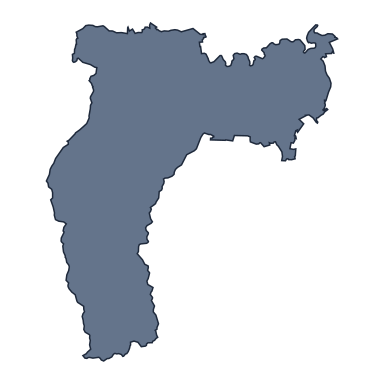 Balauseri, Mures, Romania (Robinson projection)
{"feature_id": "2599482B21102131341719", "entity_name": "Balauseri", "entity_type": "district", "adm_level": 2, "iso_a3": "ROU", "parent_name": "Romania", "parent_adm1": "Mures", "projection": "robinson", "projection_center": [24.697, 46.348], "detail": "fine", "context": "isolated", "style": "filled", "palette": "slate", "viewbox_px": 384, "rotation_deg": 0, "n_neighbors": 0, "source": "geoboundaries", "source_scale": "gbopen_adm2", "svg_char_len": 5781}
<svg xmlns="http://www.w3.org/2000/svg" viewBox="0 0 384 384"><path d="M122.8,356.4L123.6,356.2L125.4,354.0L126.8,353.6L128.2,351.6L129.5,348.4L130.1,345.6L130.6,345.0L130.5,342.2L134.0,341.1L138.0,342.3L141.3,346.7L145.4,346.1L146.4,345.4L146.5,344.1L147.9,342.8L152.2,342.7L152.7,341.3L154.6,340.3L156.0,338.5L157.7,337.3L156.6,335.1L155.8,331.3L155.2,330.3L156.9,329.3L157.0,327.4L158.5,323.8L155.9,315.1L153.3,311.9L153.4,309.4L154.5,306.0L151.4,300.5L152.4,298.6L152.5,297.4L150.3,294.5L151.0,292.2L151.9,291.1L153.0,287.5L147.8,284.5L146.9,281.1L148.2,278.5L149.5,273.3L149.5,272.7L147.6,270.4L148.3,267.7L148.2,266.0L144.7,264.2L142.5,259.8L137.2,253.7L138.4,251.6L138.6,246.5L139.3,244.6L140.7,243.9L146.6,243.3L148.0,242.4L148.4,241.4L147.0,239.4L146.8,236.8L148.3,233.8L148.3,232.7L146.2,230.5L145.6,227.8L147.0,225.6L151.1,223.3L152.4,221.8L150.6,218.8L149.4,213.6L149.3,212.9L150.5,211.5L151.3,209.1L150.4,207.5L155.5,203.7L156.1,202.0L158.7,198.0L159.2,191.6L161.6,190.0L162.2,188.4L162.1,186.5L163.8,183.4L164.1,181.4L163.5,179.0L165.0,178.1L167.9,177.9L172.0,176.2L174.0,174.4L174.3,172.1L175.4,169.5L177.5,167.4L181.5,164.9L186.7,154.7L194.4,150.7L196.4,148.8L200.8,137.5L202.9,134.1L204.4,133.0L208.8,134.5L210.7,134.5L213.8,136.2L213.7,137.0L213.0,137.0L212.2,138.1L210.6,138.2L210.5,139.9L225.3,140.3L225.6,139.9L232.7,140.9L234.4,135.5L247.6,135.8L250.2,136.9L250.1,140.0L250.4,141.9L256.2,144.1L258.7,143.9L259.8,142.8L260.6,142.7L264.1,146.7L269.8,145.0L269.3,142.7L270.8,143.3L273.4,143.1L274.2,141.9L275.5,141.8L276.8,144.8L278.4,146.3L281.9,151.9L282.5,156.5L281.7,160.6L285.5,160.8L286.5,159.0L287.9,158.7L288.5,159.6L291.6,159.7L295.1,158.8L294.6,156.5L295.3,155.9L295.8,148.9L293.5,149.4L289.9,148.7L291.1,142.7L293.4,143.1L294.9,140.3L294.9,138.1L296.2,138.6L295.7,136.1L294.9,135.4L294.5,136.6L294.4,135.6L295.8,130.7L297.1,130.1L296.8,130.8L297.6,132.3L303.7,123.8L299.1,119.3L306.1,115.6L305.8,115.3L309.0,114.9L313.1,117.9L316.3,122.4L317.4,123.1L317.8,122.1L316.8,120.9L316.4,119.2L316.9,117.8L317.9,117.8L321.1,115.2L323.2,114.1L324.7,111.9L327.7,109.6L326.7,108.5L325.5,109.1L324.4,110.5L323.3,110.5L323.0,109.8L324.2,108.5L325.2,105.7L325.2,104.0L324.5,103.1L325.2,101.8L324.5,101.1L324.5,100.2L326.0,100.5L328.5,92.2L330.7,86.9L331.0,83.2L329.4,78.3L327.0,74.9L325.5,71.2L325.0,65.9L323.5,62.1L323.1,61.1L320.8,59.0L322.8,56.7L324.1,57.0L324.5,57.6L326.5,56.7L325.6,53.8L331.5,53.5L332.5,51.6L333.5,53.1L333.8,53.1L332.7,49.0L329.3,42.4L337.6,38.9L336.7,37.8L334.8,37.3L335.1,36.5L332.4,34.0L327.8,33.7L324.9,35.2L322.0,35.5L318.3,33.8L317.5,33.1L314.6,32.8L314.0,31.6L314.1,29.5L317.3,26.5L317.7,25.3L317.4,25.0L315.7,24.9L308.6,32.3L307.1,36.0L306.6,38.2L307.5,41.2L308.5,42.7L309.6,42.4L311.2,43.2L313.8,42.8L315.2,43.1L315.6,43.4L315.8,46.3L315.3,47.5L314.3,48.2L310.8,48.4L308.2,49.4L305.2,52.8L304.3,53.0L303.4,52.1L303.6,51.2L305.1,49.5L304.8,45.6L300.0,39.9L298.5,39.5L295.4,39.8L293.5,41.6L292.2,41.9L290.9,41.6L287.0,39.0L282.1,39.2L280.1,40.5L279.7,43.1L278.8,44.3L275.7,44.7L274.2,44.1L272.8,42.8L271.9,42.7L270.2,43.6L266.4,47.8L263.6,48.0L261.9,49.2L261.7,50.1L264.1,52.6L264.3,54.3L265.1,55.3L264.9,56.3L263.3,58.3L262.4,58.7L256.5,56.2L255.3,56.3L254.2,57.5L255.2,59.0L255.2,59.7L253.9,60.7L253.1,64.5L252.2,65.4L250.4,65.9L249.5,65.1L249.9,63.6L249.7,61.4L248.5,59.0L247.9,56.6L246.4,54.5L244.1,53.7L241.7,53.7L240.1,54.3L237.1,53.1L234.7,53.6L233.2,55.3L233.9,58.7L233.3,59.8L231.9,61.1L231.8,62.6L230.8,65.4L229.1,66.3L227.0,66.5L225.5,65.3L225.7,63.2L225.3,61.8L223.2,59.5L221.7,56.0L221.1,55.5L220.0,55.6L214.0,61.7L210.8,62.9L210.0,62.6L208.6,60.4L208.2,58.7L206.0,54.1L204.4,53.3L201.5,53.6L200.6,46.5L199.9,46.6L199.4,42.2L202.5,42.0L202.3,39.8L203.6,38.6L203.6,37.5L205.9,37.1L206.0,36.3L205.4,35.8L204.9,33.6L203.1,33.7L203.2,34.5L200.2,34.3L193.0,28.5L181.3,31.8L177.6,30.1L174.9,29.7L170.9,30.3L168.5,31.2L164.2,30.9L161.4,31.7L159.2,30.8L157.5,29.4L156.9,29.7L155.4,28.0L156.6,27.1L150.5,23.0L149.6,25.2L149.8,28.2L147.3,27.1L145.1,27.2L144.7,28.5L143.6,29.5L142.2,29.8L142.3,31.5L141.7,32.6L138.1,32.5L135.1,33.4L132.5,29.1L129.4,31.0L128.0,27.1L127.7,27.6L127.4,33.6L121.5,32.6L116.5,32.8L112.6,31.0L109.1,30.9L104.4,26.6L103.0,25.8L97.4,26.8L95.2,26.6L92.9,25.4L88.8,25.1L85.8,25.6L82.9,28.6L76.2,32.2L76.9,33.9L76.9,35.9L77.8,38.2L76.8,38.7L76.2,39.8L76.5,44.3L76.0,44.3L75.1,48.4L74.6,49.2L74.4,53.4L72.4,54.4L72.7,58.0L72.4,60.5L72.8,61.6L73.8,62.3L75.3,61.8L76.8,60.6L77.3,58.5L78.3,58.2L82.8,62.3L90.5,64.6L94.8,67.2L96.8,67.6L96.0,73.5L93.8,75.4L91.0,76.3L89.8,78.7L89.9,79.8L89.1,80.6L91.6,83.6L92.0,85.1L93.0,86.8L92.6,87.1L93.6,90.0L93.5,91.4L90.5,96.8L90.3,98.3L91.9,102.8L90.5,105.3L90.3,108.8L89.0,116.0L89.2,117.9L86.7,123.6L79.7,129.9L75.5,132.9L75.1,133.8L69.0,140.2L67.2,141.2L68.2,141.9L68.3,144.3L63.3,147.5L55.6,158.5L53.8,163.3L51.8,166.1L50.2,169.3L49.4,174.5L46.4,181.0L48.0,183.2L48.6,186.9L51.7,189.3L52.6,192.6L52.6,198.0L50.7,199.8L53.2,207.0L54.5,212.8L54.3,215.2L55.5,219.6L58.8,221.2L63.7,221.9L66.3,223.9L63.9,227.3L63.1,231.0L63.9,231.7L63.9,232.7L61.3,238.0L61.1,241.0L61.6,242.0L63.6,243.9L62.8,246.0L63.5,251.9L65.3,255.9L65.2,257.3L66.0,258.4L66.7,262.3L68.8,265.1L69.3,266.9L68.7,270.5L66.8,275.0L66.1,280.3L68.6,282.9L68.0,285.2L68.1,286.7L69.1,288.8L72.0,292.3L75.2,294.7L76.9,301.0L77.7,302.4L83.7,306.3L83.8,309.3L84.5,311.7L83.0,313.8L82.2,316.5L83.2,320.3L83.5,323.4L84.3,325.9L83.8,329.5L85.2,332.2L89.3,334.6L89.8,335.4L89.6,338.1L90.3,340.4L89.6,344.9L90.7,349.2L87.5,352.1L86.3,353.7L82.9,355.6L84.9,358.1L86.9,358.4L88.0,357.6L89.5,357.4L92.9,358.1L98.8,357.3L100.3,358.4L101.3,360.0L103.7,361.0L107.1,358.6L108.8,358.5L111.8,356.9L113.5,354.2L114.9,353.4L116.7,353.9L118.8,353.6L121.4,354.5L122.8,356.4Z" fill="#64748b" stroke="#1e293b" stroke-width="1.5"/></svg>